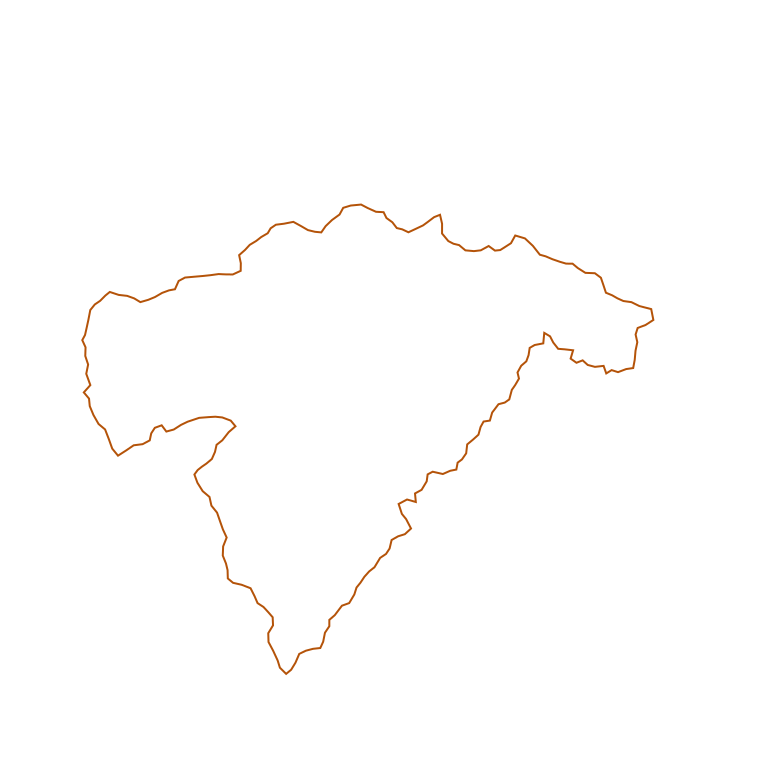 Rio Preto, Minas Gerais, Brazil, rotated 332°
{"feature_id": "56859067B48154724498431", "entity_name": "Rio Preto", "entity_type": "district", "adm_level": 2, "iso_a3": "BRA", "parent_name": "Brazil", "parent_adm1": "Minas Gerais", "projection": "natural_earth1", "projection_center": [-43.874, -22.05], "detail": "fine", "context": "isolated", "style": "outline", "palette": "amber", "viewbox_px": 768, "rotation_deg": 332, "n_neighbors": 0, "source": "geoboundaries", "source_scale": "gbopen_adm2", "svg_char_len": 3166}
<svg xmlns="http://www.w3.org/2000/svg" viewBox="0 0 768 768"><g transform="rotate(332 384 384)"><path d="M115.5,322.4L125.3,321.6L134.2,320.6L142.6,323.8L150.7,323.8L155.3,318.3L161.1,315.1L168.3,316.1L169.5,323.8L177.0,325.5L185.6,324.8L192.9,325.1L204.9,327.1L213.6,330.9L219.7,333.7L225.5,337.6L231.5,344.4L233.0,351.6L224.3,353.6L214.8,357.8L207.6,359.1L202.9,364.6L196.8,369.4L189.8,370.9L184.5,371.5L179.1,372.5L174.1,374.9L172.9,383.6L173.6,393.5L176.9,401.8L174.5,410.4L176.2,419.2L174.7,428.8L173.5,436.7L173.0,445.7L165.7,451.9L161.1,459.8L160.2,468.3L158.5,474.9L154.8,482.4L157.4,488.7L164.0,494.4L170.3,501.7L170.1,510.6L169.5,518.1L172.9,524.3L174.7,531.2L176.2,537.7L172.7,545.0L164.8,549.7L160.9,557.6L160.9,567.4L160.3,578.2L158.9,585.6L161.5,594.0L167.9,592.7L175.0,588.5L182.5,582.5L189.8,582.8L197.0,584.5L203.8,587.2L209.3,583.0L215.1,575.9L222.0,572.2L225.0,566.6L232.0,565.0L242.8,560.0L250.4,561.1L259.0,555.9L264.2,550.8L269.9,548.4L276.2,545.0L283.0,542.5L289.6,541.3L299.0,535.7L306.0,535.0L311.7,531.9L317.5,525.3L325.0,525.1L331.9,526.4L340.0,524.3L340.1,513.7L338.8,507.1L340.6,496.8L350.1,496.8L356.7,503.1L360.0,495.2L367.5,495.1L376.0,490.0L380.1,484.3L385.8,484.3L393.7,491.1L401.7,491.7L407.7,493.5L412.1,488.0L417.4,487.2L424.0,483.8L429.1,476.4L436.4,474.9L443.6,473.1L449.1,467.3L454.3,463.9L460.3,466.0L466.1,460.0L475.6,455.6L481.9,457.1L487.4,456.4L494.1,449.2L499.2,446.6L505.7,442.6L507.3,436.5L513.7,432.3L520.3,430.8L525.2,426.4L529.6,420.5L535.3,420.3L543.7,422.9L549.5,414.1L553.0,419.9L552.9,426.8L554.3,434.7L559.8,438.2L566.8,443.0L560.7,449.2L563.9,455.6L570.5,456.4L572.8,462.8L578.3,467.9L586.4,471.1L585.2,479.0L591.5,478.6L596.2,483.4L604.8,484.5L611.5,486.9L616.7,480.4L621.7,472.7L627.3,466.0L629.4,458.4L634.3,453.6L642.6,454.7L651.9,453.9L655.1,443.3L646.1,435.1L640.9,427.9L634.3,423.1L630.3,417.9L627.1,412.8L622.8,407.6L624.2,399.4L625.4,392.0L622.2,385.2L614.0,380.4L609.5,372.5L607.0,366.3L601.3,363.2L596.7,358.7L591.3,352.9L586.7,347.2L582.3,343.0L580.3,331.9L576.8,321.6L569.6,314.5L562.2,319.3L554.9,319.9L549.5,320.3L544.6,318.3L541.2,311.3L532.2,311.4L525.8,308.9L518.6,304.2L515.5,296.6L511.2,292.8L507.9,288.0L505.9,278.4L510.5,269.8L512.9,260.9L506.6,260.2L498.5,261.5L492.9,262.3L484.5,261.9L476.8,261.5L472.7,256.0L468.5,252.3L467.3,245.1L464.1,238.6L464.3,232.1L457.8,228.2L452.3,221.1L448.0,214.8L438.4,210.8L430.7,209.3L424.3,213.5L415.1,214.8L406.6,217.2L399.8,220.7L394.5,217.2L389.1,212.4L385.0,205.8L380.1,198.3L370.9,195.5L363.3,192.6L357.0,193.3L352.1,196.3L344.6,196.6L338.3,197.7L330.8,198.1L324.2,200.4L316.6,202.2L314.3,210.1L310.6,216.8L301.9,216.3L295.0,212.5L289.6,209.3L282.0,206.5L274.8,203.6L267.3,200.4L258.3,196.6L251.1,196.6L243.9,202.2L238.2,200.4L230.9,199.4L222.6,199.7L215.4,199.0L207.3,197.3L203.6,191.1L198.6,185.6L191.6,180.8L185.1,174.0L179.5,175.1L172.4,177.3L166.0,178.0L159.4,180.8L153.0,188.7L147.4,195.3L143.0,200.4L138.2,203.6L137.7,211.5L133.4,219.0L131.9,227.9L125.9,235.2L124.2,247.1L115.0,250.5L116.7,258.4L113.8,265.4L112.9,275.0L113.2,285.3L116.4,293.2L115.2,303.2L113.7,313.5L115.5,322.4Z" fill="none" stroke="#b45309" stroke-width="2"/></g></svg>